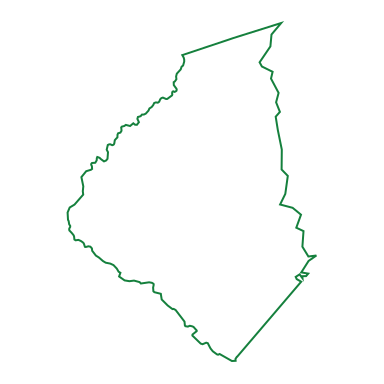 the district of Oconee, South Carolina, United States of America
{"feature_id": "52423323B77121612808563", "entity_name": "Oconee", "entity_type": "district", "adm_level": 2, "iso_a3": "USA", "parent_name": "United States of America", "parent_adm1": "South Carolina", "projection": "natural_earth1", "projection_center": [-83.156, 34.764], "detail": "fine", "context": "isolated", "style": "outline", "palette": "green", "viewbox_px": 384, "rotation_deg": 0, "n_neighbors": 0, "source": "geoboundaries", "source_scale": "gbopen_adm2", "svg_char_len": 2673}
<svg xmlns="http://www.w3.org/2000/svg" viewBox="0 0 384 384"><path d="M182.3,55.1L183.7,57.6L184.2,59.6L184.2,61.6L183.1,65.5L181.6,66.7L180.7,69.4L176.8,73.7L176.1,76.5L176.4,79.2L174.9,81.4L173.7,82.2L173.8,85.1L175.6,87.6L176.4,88.6L176.7,89.4L176.5,90.7L175.8,91.3L174.6,91.9L173.2,91.3L172.5,91.7L172.1,93.0L172.3,94.6L172.0,95.4L167.3,98.9L166.1,99.0L162.9,97.6L161.4,98.1L160.2,99.3L159.2,101.7L157.8,102.7L155.9,102.4L154.2,103.0L153.2,105.1L151.7,107.0L149.4,108.5L148.5,110.6L145.8,113.6L144.0,114.5L141.9,114.6L140.6,116.2L137.9,117.0L137.4,118.9L138.9,122.2L136.9,124.8L135.0,124.7L133.3,123.3L130.1,126.0L125.8,124.9L124.3,126.0L121.9,126.6L121.2,127.4L121.4,129.0L121.5,130.8L120.4,132.6L118.1,133.3L117.5,134.7L117.4,137.4L116.0,138.8L114.8,140.2L114.3,143.4L113.9,144.3L113.4,144.8L112.2,145.2L111.4,144.8L110.3,144.3L109.3,144.3L107.8,145.0L106.7,149.7L108.0,152.2L107.5,158.8L106.1,160.5L104.0,161.4L100.5,158.8L99.7,157.9L97.3,157.0L96.8,158.2L96.7,160.3L95.3,162.7L93.9,162.9L92.9,162.9L92.0,163.0L91.5,163.5L91.2,164.1L91.2,164.8L91.9,166.2L92.1,168.9L90.9,169.8L86.2,171.2L81.4,177.1L83.3,186.4L82.8,191.2L83.2,194.6L74.5,204.6L69.7,207.5L67.6,212.5L68.0,219.7L68.0,219.8L68.5,220.7L68.7,221.4L69.2,224.3L70.2,225.9L70.2,226.9L69.3,228.5L69.2,229.6L69.4,230.5L70.2,231.3L71.6,232.8L72.7,234.1L73.7,235.4L74.1,236.6L74.1,236.8L74.3,238.4L74.4,239.5L75.6,240.3L78.4,239.9L80.7,240.9L82.5,242.1L83.5,243.0L83.9,243.7L84.9,246.8L85.8,247.0L88.4,246.3L90.4,246.7L91.9,248.4L92.2,250.8L95.9,255.6L98.9,257.5L102.9,261.0L105.7,262.7L110.3,263.6L113.5,265.1L116.8,268.6L118.6,271.7L120.4,272.8L119.1,276.5L124.6,280.4L129.4,281.2L134.0,280.6L139.6,282.1L140.9,283.5L149.1,282.3L151.9,282.8L153.5,283.8L153.7,284.7L153.5,285.8L153.1,287.6L153.4,291.3L154.4,292.2L160.8,293.8L161.7,299.5L167.7,305.5L172.5,309.1L173.6,308.9L175.6,310.0L184.5,321.6L184.7,323.6L184.9,325.5L185.4,326.2L187.9,326.6L189.7,325.8L189.9,325.8L192.1,326.3L193.5,326.9L196.7,330.5L196.7,331.1L192.5,334.5L192.4,335.6L200.7,343.6L202.6,344.2L206.2,342.7L207.8,343.2L210.1,347.7L210.7,348.7L212.8,351.3L217.0,354.4L218.1,354.7L219.6,354.0L231.9,361.0L235.6,360.8L235.5,358.9L236.8,356.9L237.0,356.9L301.2,281.7L296.7,279.1L295.7,276.9L299.6,274.4L302.5,278.3L302.3,276.2L306.1,276.1L308.2,273.6L301.3,272.4L308.6,260.9L316.4,255.5L308.4,256.5L302.4,246.7L303.5,231.1L296.3,227.7L301.0,214.7L292.6,207.8L280.1,204.5L285.3,193.9L287.8,175.9L281.6,169.5L281.8,149.6L277.8,129.9L275.7,116.7L279.9,111.9L276.1,102.3L278.6,92.9L271.0,78.6L272.6,71.8L261.9,66.5L259.6,62.3L270.4,46.4L271.5,34.5L281.2,23.0L233.2,38.1L229.1,39.5L182.3,55.1Z" fill="none" stroke="#15803d" stroke-width="2"/></svg>